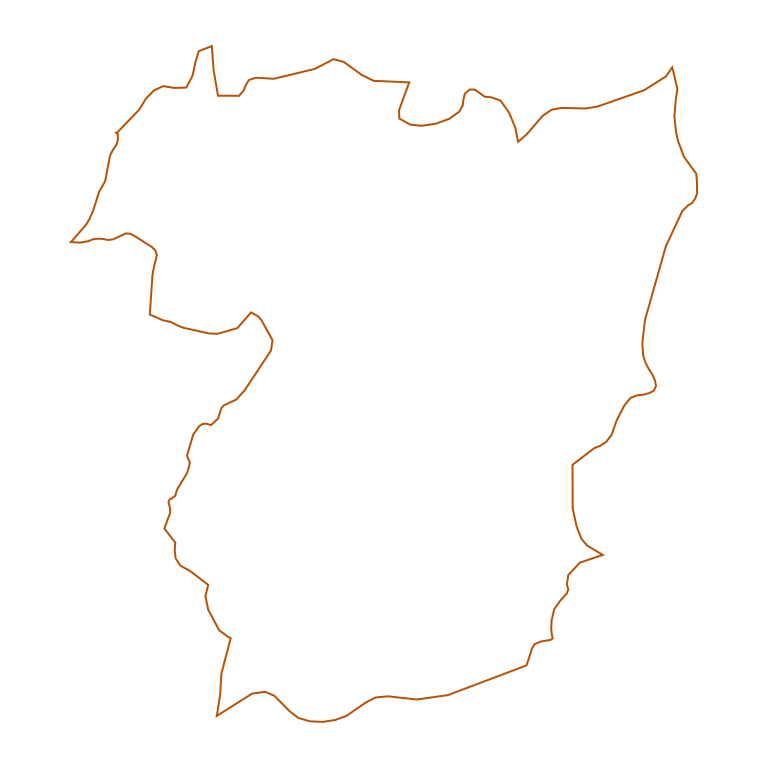 SVG path tracing the border of Vila Real
{"feature_id": "PRT-756", "entity_name": "Vila Real", "entity_type": "District", "adm_level": 1, "iso_a3": "PRT", "parent_name": "Portugal", "parent_adm1": "", "projection": "orthographic", "projection_center": [-7.677, 41.533], "detail": "fine", "context": "isolated", "style": "outline", "palette": "amber", "viewbox_px": 768, "rotation_deg": 0, "n_neighbors": 0, "source": "natural_earth", "source_scale": "10m", "svg_char_len": 2495}
<svg xmlns="http://www.w3.org/2000/svg" viewBox="0 0 768 768"><path d="M116.1,132.6L117.4,132.3L139.2,109.7L145.7,99.0L153.9,90.4L163.3,86.1L173.9,87.9L186.2,87.6L192.4,76.1L195.7,61.3L198.8,51.1L211.8,46.1L213.6,70.1L218.0,95.7L239.0,95.8L243.6,90.6L245.9,84.8L249.0,80.0L255.9,77.7L273.8,78.8L314.8,68.9L333.4,59.2L343.7,61.9L362.0,75.1L373.6,80.8L409.2,82.4L399.0,110.3L399.4,118.6L410.1,124.6L421.8,125.8L435.8,123.7L449.3,118.8L459.3,111.6L462.8,105.2L463.5,99.2L464.8,93.8L469.7,89.5L474.8,89.6L484.8,96.7L491.2,97.3L500.4,100.5L508.9,112.3L515.3,127.7L518.1,141.8L526.8,134.2L542.7,115.8L551.6,109.7L561.6,107.9L585.6,108.5L597.6,106.5L644.4,90.1L666.0,76.4L672.2,67.4L673.4,71.9L677.4,89.3L675.9,98.5L674.4,116.4L676.0,132.0L678.0,140.9L684.0,156.9L696.2,173.7L696.9,180.8L697.1,193.1L695.4,198.2L691.9,203.2L688.1,205.3L682.4,210.9L665.9,246.1L644.9,320.3L642.3,343.7L643.2,355.5L645.5,362.7L648.6,368.7L652.2,374.3L655.0,380.4L656.0,386.0L653.8,390.7L649.0,393.2L643.2,394.7L637.1,395.3L630.5,397.9L624.3,405.5L616.6,420.6L611.7,434.7L605.9,442.2L600.3,445.8L594.3,448.1L572.5,464.8L572.7,508.6L576.6,526.5L581.3,538.6L587.0,545.5L602.8,554.9L579.9,562.6L568.3,575.0L566.9,584.3L568.3,589.7L566.8,593.4L560.2,600.8L554.3,609.0L551.6,620.4L551.2,627.9L551.7,633.8L552.7,638.4L550.2,640.0L540.8,641.5L534.4,644.3L531.7,649.3L530.5,653.6L526.5,665.4L447.9,695.1L416.7,699.5L388.6,696.4L387.0,696.4L375.5,697.5L365.6,702.6L346.4,715.9L335.2,720.0L322.5,721.9L309.7,721.3L298.3,717.9L290.0,711.6L274.5,695.9L265.3,691.8L252.1,693.6L216.8,715.9L220.1,695.1L221.4,673.6L230.7,638.2L227.8,636.7L219.2,630.3L208.2,609.6L205.4,596.3L208.2,584.9L190.1,571.0L180.4,565.7L175.6,558.3L174.7,550.5L175.3,542.6L164.3,528.5L170.2,512.8L170.0,508.1L168.5,502.0L170.0,499.0L172.2,498.2L175.2,495.8L177.1,489.5L186.9,473.3L189.0,466.9L189.8,462.3L187.0,455.9L193.1,434.9L199.2,426.1L202.6,424.0L205.9,423.6L211.1,425.1L218.1,418.5L221.5,407.9L223.8,405.4L236.3,399.5L244.4,390.7L271.0,350.5L272.5,340.2L261.3,319.9L257.9,316.2L251.1,312.4L237.4,328.1L217.6,333.8L209.2,333.5L183.6,327.8L177.3,325.4L170.7,321.9L163.2,320.4L149.8,314.5L152.5,274.8L154.1,266.3L156.9,255.3L155.2,250.1L151.8,247.0L134.6,236.0L130.2,233.8L125.8,233.4L113.2,239.3L108.4,240.0L102.5,238.9L97.5,238.7L92.5,239.4L88.4,241.2L80.0,242.6L70.9,242.1L86.1,224.7L89.4,219.1L93.1,210.8L99.0,192.1L105.2,181.1L110.0,155.6L113.2,149.4L116.8,144.2L118.0,138.9L117.8,134.3L116.1,132.6Z" fill="none" stroke="#b45309" stroke-width="2"/></svg>